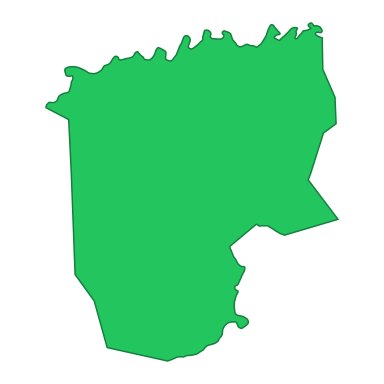 Villanueva, Cortés, Honduras
{"feature_id": "27666195B71161947465594", "entity_name": "Villanueva", "entity_type": "district", "adm_level": 2, "iso_a3": "HND", "parent_name": "Honduras", "parent_adm1": "Cortés", "projection": "orthographic", "projection_center": [-88.036, 15.321], "detail": "fine", "context": "isolated", "style": "filled", "palette": "green", "viewbox_px": 384, "rotation_deg": 0, "n_neighbors": 0, "source": "geoboundaries", "source_scale": "gbopen_adm2", "svg_char_len": 5706}
<svg xmlns="http://www.w3.org/2000/svg" viewBox="0 0 384 384"><path d="M46.0,107.7L68.7,119.6L71.3,173.2L75.1,274.5L94.2,300.9L107.2,347.6L167.6,361.0L171.1,359.8L176.0,357.6L177.8,356.9L178.5,356.8L183.5,356.9L184.5,356.6L185.9,355.9L186.9,355.6L190.8,355.3L193.2,354.9L194.9,354.5L196.4,354.1L198.0,353.3L200.9,351.3L203.0,350.1L203.9,349.1L205.2,347.4L206.4,346.4L207.4,345.6L208.8,345.1L212.6,344.1L214.4,343.5L215.6,342.9L217.8,341.4L218.6,340.0L219.3,338.6L221.3,336.2L222.1,334.7L222.4,333.5L222.5,331.1L222.8,329.6L223.0,328.8L223.5,327.8L224.3,326.4L225.3,325.2L226.5,324.0L227.7,323.1L229.1,322.5L230.6,322.1L234.0,321.9L235.2,321.9L235.7,322.1L236.3,322.4L236.7,322.9L237.2,324.1L238.0,326.1L238.5,327.0L239.0,327.4L240.0,327.9L240.7,328.2L241.4,328.3L242.0,328.2L242.6,327.9L245.8,325.7L247.6,324.0L248.0,323.4L248.3,322.9L248.3,321.7L248.0,320.5L247.5,319.5L246.8,318.8L245.1,317.7L242.7,316.4L238.3,315.4L237.2,315.1L236.4,314.6L235.7,313.9L235.2,313.2L235.0,312.5L234.4,308.9L234.3,304.2L234.4,302.5L234.8,300.4L235.4,298.5L235.7,297.0L236.3,295.5L238.0,292.1L238.1,291.5L238.0,291.1L237.7,290.8L237.2,290.5L236.0,290.0L235.6,289.7L235.2,289.2L234.8,288.3L234.8,286.6L235.7,285.8L237.7,284.8L238.1,284.2L241.1,277.6L241.7,275.9L242.7,273.9L243.6,272.4L244.2,271.3L244.7,269.7L244.9,267.8L244.7,267.1L244.1,266.7L243.4,266.5L242.2,266.6L241.1,266.4L239.0,264.8L237.7,263.4L236.0,260.0L233.3,256.2L232.6,254.0L231.8,252.3L231.4,250.9L230.0,248.1L229.9,246.3L256.0,224.5L256.9,224.4L257.5,224.7L259.1,226.1L262.1,225.8L267.8,225.8L268.4,226.1L269.1,226.8L272.2,228.5L276.1,231.2L278.2,232.3L279.3,233.1L280.7,233.8L283.1,234.5L284.3,235.2L338.0,219.3L308.2,179.9L310.8,173.0L323.5,133.0L336.1,123.7L335.0,97.3L322.8,69.3L322.2,37.7L319.9,37.1L317.8,36.1L316.0,34.9L315.6,34.4L315.4,33.9L315.5,33.3L315.8,32.9L316.4,32.5L317.2,32.3L318.0,32.2L320.0,32.7L321.1,32.5L321.6,32.1L322.0,31.4L322.1,30.9L322.0,30.3L321.8,29.7L321.4,29.0L320.5,27.6L320.2,27.3L318.8,26.4L317.5,25.9L316.4,25.8L315.1,25.9L314.1,25.7L313.4,25.2L312.4,23.8L311.6,23.1L310.7,23.0L309.7,23.4L309.1,23.8L308.6,24.3L308.2,25.0L308.3,25.7L308.7,26.4L309.3,26.9L310.1,27.3L310.6,27.7L310.7,28.1L310.5,28.5L308.8,29.5L307.0,30.2L306.1,30.5L303.7,30.8L303.1,31.0L302.7,31.4L301.8,33.1L300.0,34.7L297.9,37.4L297.2,38.2L296.6,38.6L296.0,38.8L295.4,38.6L295.1,38.2L294.9,37.6L296.2,34.9L296.3,33.3L296.1,31.8L296.2,31.1L296.6,30.1L297.3,28.8L297.4,28.4L297.2,28.0L296.9,27.7L294.7,27.6L293.6,27.7L292.7,28.0L291.9,28.3L291.2,28.8L290.2,29.7L288.8,31.5L284.3,36.0L282.4,37.4L279.8,40.1L279.3,40.4L278.7,40.3L276.4,39.0L274.8,38.3L274.4,38.0L274.3,37.5L274.5,37.1L274.7,36.7L276.7,34.9L279.7,34.4L280.0,33.9L279.9,33.1L278.5,31.5L277.6,30.7L276.9,29.8L275.5,28.3L274.7,27.3L274.0,26.1L273.6,25.6L272.9,25.1L272.4,24.8L271.8,24.7L271.2,24.8L270.7,25.1L270.3,25.5L269.5,26.8L268.1,30.0L267.2,32.4L266.7,34.3L266.0,36.0L263.7,39.9L261.6,43.1L261.0,43.9L260.0,44.8L257.2,46.9L256.7,47.2L256.3,47.1L254.6,46.2L253.3,45.8L252.9,45.7L251.5,45.8L250.8,45.8L248.2,44.6L247.0,44.3L246.2,44.4L242.4,46.3L240.7,46.8L239.6,46.8L237.8,46.0L237.4,45.8L237.0,45.3L235.3,42.6L233.6,40.9L232.6,39.6L231.9,37.7L230.9,34.7L230.7,34.1L230.4,33.7L229.5,32.9L228.6,32.4L226.9,31.8L225.6,31.4L224.5,30.9L224.0,30.9L223.6,31.1L222.7,31.7L222.4,32.1L222.3,32.9L222.4,33.7L223.6,34.7L223.8,35.2L223.8,35.8L223.7,36.5L223.4,37.2L223.0,37.8L222.4,38.4L221.0,38.9L220.0,39.1L218.9,39.1L212.2,38.6L211.2,38.1L210.7,37.5L210.3,37.0L210.4,36.4L210.9,33.9L210.7,33.0L210.3,32.1L209.4,31.1L208.3,30.4L207.2,30.1L206.0,30.1L205.3,30.2L204.8,30.5L204.5,30.7L204.3,31.1L203.6,34.1L202.8,36.8L202.8,38.9L202.7,39.8L202.3,40.4L201.9,40.9L200.8,41.6L197.8,44.7L193.3,48.2L192.6,48.6L191.9,48.9L191.3,49.0L190.7,48.9L189.5,48.5L188.8,47.9L188.3,46.8L188.5,45.7L189.9,41.8L190.1,40.9L190.2,40.0L190.1,39.3L189.9,38.4L189.6,37.7L189.1,37.1L188.4,36.4L187.7,36.0L187.0,35.8L186.3,35.7L185.7,35.8L184.9,36.0L184.3,36.5L183.9,37.0L183.5,37.6L183.1,38.9L182.3,40.7L181.9,42.2L181.5,43.2L181.0,44.0L180.1,45.4L179.6,46.3L178.5,49.5L177.4,51.9L176.7,53.9L176.4,54.6L175.6,55.7L173.2,59.0L171.8,60.4L171.0,60.9L170.2,60.9L168.2,60.5L166.8,60.0L166.0,59.5L165.7,59.1L165.6,58.3L165.6,57.1L165.9,54.6L166.0,52.8L165.9,52.3L165.6,51.7L165.3,51.3L164.4,50.6L162.5,49.5L159.8,48.1L158.9,47.8L158.2,47.7L157.9,47.8L157.5,48.0L155.9,50.3L155.5,51.4L155.2,52.8L154.7,54.2L152.7,57.3L152.1,58.0L151.5,58.6L150.0,59.6L149.1,60.0L148.2,60.0L146.7,59.9L145.1,59.5L144.4,59.2L143.9,58.6L143.4,57.5L143.0,57.0L141.1,55.6L139.5,54.0L138.6,53.2L138.3,52.3L137.5,51.6L137.0,51.8L136.2,52.1L135.1,52.9L134.5,53.7L134.2,54.8L133.9,55.4L132.7,56.6L132.0,57.1L130.3,57.8L125.7,58.7L121.5,59.9L120.5,60.0L119.8,59.8L119.2,59.5L119.0,59.3L118.2,57.4L117.2,56.6L116.6,56.4L116.1,56.3L115.6,56.3L115.1,56.5L114.6,56.7L114.1,57.2L112.8,58.7L111.3,61.1L110.6,62.5L110.2,62.9L108.4,64.4L104.3,65.8L103.4,66.9L102.1,69.3L101.2,70.3L99.2,71.7L98.2,72.3L96.5,73.1L95.1,73.5L93.5,73.7L91.0,73.4L88.9,73.1L85.5,70.8L84.5,70.3L81.7,68.9L81.1,68.8L80.0,68.1L78.2,67.5L77.0,67.2L74.6,66.7L73.1,66.6L70.5,66.8L68.9,67.0L68.3,67.2L66.6,67.9L65.7,68.3L65.2,68.8L64.9,69.5L64.8,70.3L65.0,71.7L65.9,74.8L66.1,75.3L66.5,75.7L67.0,75.9L67.7,76.2L69.7,76.3L71.0,75.9L71.7,75.9L72.2,76.0L72.6,76.2L72.7,76.4L72.9,76.9L72.9,77.5L72.9,78.4L72.7,79.3L72.4,80.3L71.7,81.4L71.3,82.3L71.2,83.0L71.2,84.3L71.0,85.2L69.0,91.6L68.5,92.1L67.4,92.6L66.8,92.9L65.4,93.0L64.0,93.3L63.2,93.6L60.3,95.1L59.8,95.5L58.7,96.4L58.7,96.8L58.2,97.6L57.1,100.5L55.8,101.7L54.3,102.4L53.7,102.6L52.0,102.6L49.7,102.3L49.2,102.4L48.8,102.6L47.3,104.1L46.5,105.1L46.3,105.6L46.1,106.4L46.0,107.7Z" fill="#22c55e" stroke="#15803d" stroke-width="1.5"/></svg>